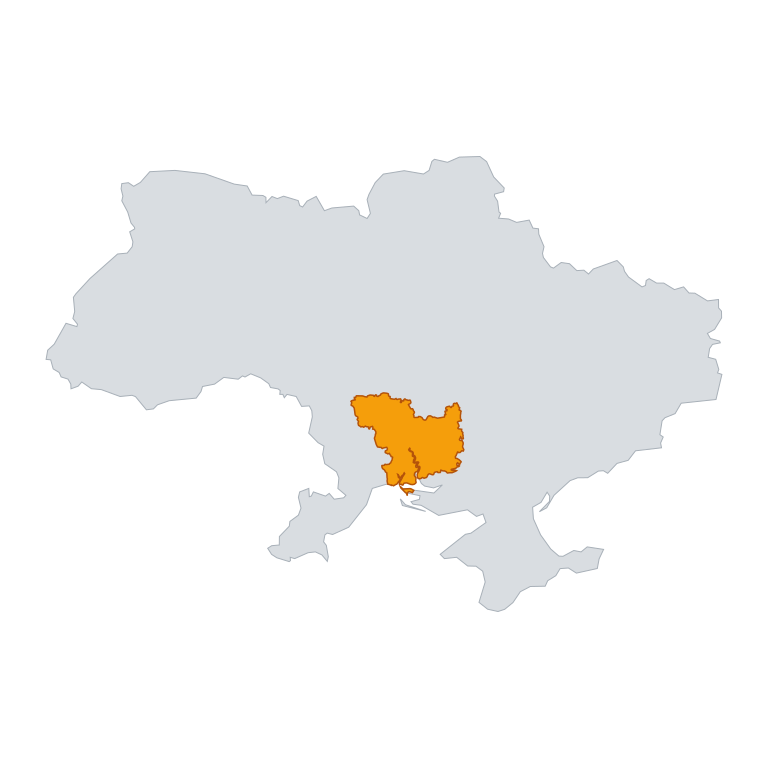 where Mykolayiv sits in Ukraine
{"feature_id": "UKR-284", "entity_name": "Mykolayiv", "entity_type": "Region", "adm_level": 1, "iso_a3": "UKR", "parent_name": "Ukraine", "parent_adm1": "", "projection": "orthographic", "projection_center": [31.887, 47.325], "detail": "fine", "context": "in_parent", "style": "filled", "palette": "amber", "viewbox_px": 768, "rotation_deg": 0, "n_neighbors": 0, "source": "natural_earth", "source_scale": "10m", "svg_char_len": 9751}
<svg xmlns="http://www.w3.org/2000/svg" viewBox="0 0 768 768"><path d="M540.6,534.9L550.7,549.0L558.9,556.1L563.0,556.3L573.8,550.5L581.1,551.9L587.2,546.9L603.6,549.4L599.1,558.9L597.3,568.5L576.4,573.1L568.4,568.0L560.1,568.6L555.8,575.7L547.7,580.7L545.2,586.2L530.2,586.5L520.3,591.7L513.0,602.5L504.7,609.3L498.0,611.5L487.6,609.2L479.0,602.4L485.2,582.0L482.7,571.2L476.0,566.2L467.7,566.0L456.7,557.3L444.4,558.6L440.2,554.3L465.4,534.3L470.9,533.2L486.0,522.5L483.0,514.0L476.5,516.4L467.4,509.8L438.7,515.4L421.1,505.3L413.0,504.2L411.0,501.7L419.4,499.4L420.0,495.7L408.4,493.3L402.1,488.5L433.9,493.0L442.4,484.9L433.6,487.9L424.7,486.1L421.4,483.5L417.5,475.4L417.3,464.1L413.3,454.0L410.2,450.8L416.2,467.3L414.7,483.1L401.3,482.2L402.5,475.8L396.2,484.2L385.7,484.4L372.3,488.4L366.5,504.7L348.7,527.2L332.6,534.5L327.2,533.1L324.9,534.9L323.6,541.9L326.3,545.3L328.3,556.7L327.3,561.4L321.9,554.9L315.4,551.9L308.1,552.7L294.7,558.6L290.2,557.3L290.5,560.6L289.2,561.6L276.9,557.8L271.6,554.4L267.7,548.3L271.7,545.7L279.3,545.0L279.4,536.5L289.3,526.2L289.9,521.4L298.4,515.2L301.0,508.1L298.4,497.3L299.7,491.9L308.8,488.4L309.3,496.7L311.3,496.1L313.4,491.9L325.5,496.1L329.2,493.4L334.2,499.2L343.7,497.8L345.9,495.3L337.9,488.5L338.9,477.9L336.5,471.8L324.8,463.7L322.7,454.3L324.0,446.1L318.1,442.7L308.7,433.1L312.3,416.9L311.8,410.7L309.3,405.9L301.6,406.4L296.2,396.5L287.0,394.4L284.3,397.7L282.9,394.4L279.8,394.4L280.2,390.5L278.1,388.9L270.5,387.5L268.8,383.7L260.7,377.9L250.7,373.8L245.0,377.0L242.5,375.9L238.2,379.2L223.8,377.4L214.6,384.1L202.5,386.5L201.0,391.5L196.2,398.1L169.2,400.7L157.5,404.8L153.4,408.9L146.4,409.8L135.5,396.6L132.0,395.3L120.1,396.5L101.3,389.6L91.4,388.7L81.8,382.0L78.1,386.2L71.0,388.8L70.8,384.1L68.0,379.1L61.1,376.9L59.2,372.5L53.2,368.9L50.7,359.8L46.1,359.4L47.7,350.2L54.2,344.2L66.0,323.3L76.9,326.6L77.5,324.2L72.9,318.5L74.7,311.5L73.4,297.3L75.9,293.8L90.0,278.5L117.6,254.0L127.2,253.1L132.2,246.7L132.9,241.8L129.7,231.8L134.7,228.9L134.5,227.3L131.0,223.0L127.7,212.0L121.8,200.8L122.9,196.1L121.1,188.8L121.8,183.6L128.4,182.7L133.7,186.3L140.4,182.4L149.8,171.7L174.9,170.4L205.0,173.8L234.2,184.1L247.2,186.0L252.1,195.1L262.9,195.5L265.9,197.3L266.0,202.7L272.0,196.5L277.3,198.6L283.6,196.2L298.2,200.6L299.7,205.6L302.6,207.0L307.1,201.1L316.2,196.4L324.4,210.7L331.9,208.0L353.7,206.1L358.8,210.7L359.6,214.9L367.1,218.5L370.4,213.4L367.1,199.6L369.0,194.3L375.2,182.6L383.3,174.1L404.2,170.7L423.5,174.0L429.1,170.4L431.9,161.4L434.4,159.3L447.5,162.3L459.4,157.1L479.9,156.5L486.6,161.6L493.7,177.0L504.2,188.0L503.6,191.7L494.6,194.1L494.4,196.1L497.6,201.2L499.0,212.0L500.6,213.3L498.6,218.2L508.6,219.0L516.6,222.4L529.2,220.1L532.9,228.1L538.5,228.8L538.8,234.2L544.0,246.7L542.5,253.4L543.4,257.5L550.5,266.9L553.5,268.1L561.2,262.5L569.5,263.7L576.8,270.6L583.9,270.2L588.5,274.0L593.3,269.0L617.0,260.5L623.3,266.9L624.5,271.3L628.5,277.0L642.0,286.9L645.5,285.5L646.2,280.5L649.1,278.7L656.6,283.1L663.8,283.1L674.4,289.6L683.6,286.9L689.0,293.0L694.9,293.2L707.5,300.9L718.5,299.5L718.6,307.9L721.5,311.2L721.6,317.9L714.6,329.4L707.4,333.4L710.4,338.5L719.6,341.1L720.3,342.8L712.5,344.4L709.6,348.6L708.2,357.3L715.7,359.3L718.8,369.5L717.5,372.9L721.9,374.4L716.0,399.5L681.2,403.2L675.1,413.6L665.0,417.7L662.1,420.8L659.9,434.7L663.2,437.0L660.6,443.0L661.5,447.8L635.5,450.8L628.2,460.3L617.0,463.4L607.7,473.3L603.4,470.7L598.3,471.1L587.7,477.7L577.7,477.8L570.1,480.6L554.0,495.3L546.7,507.8L539.4,511.7L549.5,501.4L549.7,496.1L547.1,492.2L541.0,502.4L532.6,507.2L533.4,518.8L540.6,534.9ZM425.7,511.4L402.4,505.5L400.3,498.9L405.4,504.7L425.7,511.4Z" fill="#d9dde1" stroke="#a8b0b8" stroke-width="1"/><path d="M418.3,478.9L417.3,476.8L417.2,474.5L417.9,472.7L418.9,471.0L419.7,469.0L419.9,467.9L419.9,467.0L419.5,466.4L417.5,466.1L417.1,465.6L417.3,464.9L418.7,462.5L418.5,462.1L417.4,461.9L415.7,462.2L415.0,462.2L414.4,461.5L415.5,459.1L415.6,457.7L415.0,456.2L414.5,455.7L413.6,455.3L413.3,454.5L413.2,452.8L413.0,452.3L412.5,451.7L410.2,450.6L409.8,449.9L410.0,448.8L410.0,448.4L409.6,448.2L408.7,449.7L409.0,450.4L409.6,451.0L410.3,451.5L412.1,452.0L412.5,452.7L412.4,456.0L412.6,456.3L413.6,456.6L414.7,457.7L414.4,458.6L413.6,459.9L413.3,462.5L414.5,463.1L416.3,462.8L417.6,463.1L416.4,464.4L415.9,465.3L415.7,466.2L416.0,467.2L416.7,467.4L418.4,466.6L418.6,467.9L418.2,469.6L417.5,471.1L416.6,471.7L415.7,472.0L414.8,472.9L414.4,474.1L414.4,475.6L415.8,477.6L416.0,478.0L415.7,480.6L416.1,482.3L415.7,483.1L415.4,483.4L414.1,484.3L412.4,484.6L410.7,484.4L406.9,482.9L404.5,483.1L403.8,483.4L403.1,484.9L402.2,485.1L401.4,484.3L399.7,484.3L399.4,484.0L399.3,483.2L399.7,482.3L401.8,478.6L402.4,477.4L402.4,476.8L402.9,476.4L404.7,473.7L404.2,472.9L403.9,473.3L403.3,474.8L402.0,475.6L400.9,477.3L400.4,477.6L399.3,476.8L398.3,474.7L397.7,474.4L398.2,475.8L398.3,477.0L398.5,477.4L400.1,478.6L400.3,479.0L399.2,481.1L398.5,481.6L397.2,483.7L396.7,484.2L395.9,484.4L393.6,485.8L393.1,485.5L392.0,485.3L391.5,485.0L391.2,485.4L390.4,484.9L387.7,484.1L387.1,481.0L387.2,479.9L387.4,478.9L387.1,478.0L386.8,472.9L385.4,471.8L384.9,470.6L384.4,469.9L382.7,468.7L382.1,467.6L381.8,465.8L382.0,465.5L384.2,465.3L385.0,464.3L385.4,464.3L386.0,464.6L389.3,464.2L389.6,463.5L390.7,462.9L391.3,461.3L392.1,460.0L392.2,458.7L392.6,457.8L392.5,457.1L391.1,456.6L390.7,455.4L390.0,454.7L389.4,453.4L387.8,453.9L386.7,453.2L385.5,452.8L385.2,452.4L385.2,452.0L385.3,451.0L385.6,450.8L386.6,450.3L387.2,449.8L387.4,449.1L387.3,448.3L386.7,447.3L383.5,447.9L382.3,448.5L381.9,448.3L381.4,447.6L381.2,447.4L379.6,447.3L377.5,446.9L376.3,444.6L374.6,439.1L374.4,438.1L375.2,436.0L375.4,434.1L375.8,433.8L375.9,433.4L375.8,431.6L374.4,429.5L374.2,429.3L372.7,429.1L372.9,428.0L372.8,427.0L372.5,426.4L370.2,427.0L369.6,428.8L369.2,429.0L368.8,428.7L368.6,428.2L368.4,427.2L368.1,426.8L366.5,426.7L365.3,426.1L364.1,427.0L363.6,427.2L362.7,426.6L360.8,426.9L359.9,426.1L358.6,425.4L358.4,424.9L358.0,423.1L358.4,421.9L358.5,421.3L357.2,419.7L357.2,419.2L358.0,418.2L357.8,417.1L357.4,416.7L356.0,416.0L355.3,415.1L355.1,414.5L354.2,408.0L352.7,406.0L351.6,405.6L351.2,405.3L351.2,404.2L351.6,403.5L351.6,402.0L351.0,401.5L351.1,401.2L351.5,400.8L352.8,400.3L353.6,400.3L354.0,399.9L355.0,400.0L355.1,399.8L355.2,399.3L354.4,398.6L354.3,397.4L355.7,397.3L356.2,396.0L356.4,395.8L362.3,395.9L363.3,396.1L364.9,396.7L366.8,397.0L367.0,397.0L367.5,396.0L367.8,395.8L370.1,395.0L373.3,395.3L373.6,395.4L373.9,396.2L374.3,396.4L374.7,396.2L375.3,395.1L375.9,394.8L376.6,395.2L376.8,396.1L376.9,396.3L377.7,396.5L378.2,396.4L379.0,395.7L380.4,395.1L380.8,394.1L381.1,393.8L383.0,393.0L383.8,392.9L386.5,393.2L387.8,393.5L388.4,393.9L388.6,395.8L389.0,396.2L390.1,396.5L390.1,398.1L390.4,398.5L390.9,398.7L394.5,399.3L396.0,398.5L396.6,399.3L397.2,399.5L398.3,399.1L400.6,398.9L400.8,399.2L400.9,399.8L400.8,401.0L400.4,402.1L400.4,402.3L400.9,402.6L401.4,402.4L401.5,401.2L401.7,400.7L402.0,400.5L402.7,401.0L403.7,400.8L403.8,400.5L403.9,399.5L404.9,398.9L405.3,399.1L406.0,399.8L407.1,399.9L408.0,400.4L409.8,400.1L410.3,400.3L410.8,401.9L410.9,402.3L410.7,403.1L410.0,403.7L408.5,404.4L408.4,404.6L410.2,407.8L410.7,408.5L411.1,408.9L412.3,408.7L412.7,408.9L413.1,409.5L413.3,410.5L414.3,411.8L414.4,412.6L413.6,414.0L413.4,414.6L413.9,415.6L413.9,416.8L414.1,417.3L414.5,417.5L417.9,417.4L418.2,417.3L418.4,416.7L418.6,416.5L420.4,416.6L422.2,417.8L422.9,419.1L423.4,419.6L424.9,420.2L425.7,420.0L426.1,419.6L427.8,416.6L428.6,416.0L430.0,415.8L430.6,415.9L432.1,416.7L432.8,417.4L434.2,417.1L437.5,418.2L444.4,417.0L444.5,416.7L444.6,414.9L445.6,414.7L445.8,414.4L445.3,413.7L445.4,412.7L445.0,411.9L445.0,411.3L445.3,411.0L446.9,410.8L447.0,410.4L447.0,409.6L446.0,409.3L445.8,409.0L445.7,408.2L446.1,407.4L447.0,406.8L449.4,406.2L449.7,406.3L450.5,407.3L450.9,407.5L451.4,407.4L451.9,406.3L453.4,405.9L453.5,405.5L453.3,404.3L453.6,403.7L454.3,403.3L455.9,403.5L456.7,402.9L457.0,403.0L457.4,404.1L458.4,405.5L458.5,406.7L459.7,407.7L459.1,409.7L459.2,410.0L459.5,410.3L460.1,410.3L460.6,410.5L461.1,411.4L460.7,412.4L460.7,413.7L460.4,415.1L460.4,418.3L460.5,418.9L461.2,419.7L461.5,420.4L461.3,420.9L459.6,421.1L458.2,421.5L457.5,422.1L457.5,422.4L458.7,424.8L459.0,425.9L458.9,426.5L458.0,427.7L457.9,428.4L458.4,428.8L461.7,429.3L461.6,430.5L461.7,431.3L462.7,432.3L462.9,432.7L462.6,433.8L463.1,435.3L463.0,437.1L463.4,438.2L463.3,438.6L463.2,438.8L462.1,439.0L461.7,438.9L460.8,437.0L460.6,436.8L460.2,438.0L459.4,439.3L459.6,440.0L460.0,440.4L462.1,440.6L463.1,442.6L463.2,443.9L462.6,446.1L462.6,447.1L463.8,449.6L463.4,450.9L463.2,451.1L461.8,450.7L460.4,452.2L460.0,452.5L458.5,452.6L457.9,452.0L457.6,452.0L456.1,455.5L455.4,456.6L455.3,457.0L455.6,458.3L456.9,458.4L459.2,459.8L461.1,461.6L461.0,462.2L459.8,463.7L459.7,464.4L458.6,463.8L457.7,462.7L457.4,462.9L456.8,463.6L456.8,464.9L457.1,465.4L459.0,465.6L459.3,466.1L458.7,466.6L457.2,467.0L456.7,467.3L455.8,468.3L451.4,469.3L451.2,469.6L451.3,470.0L452.0,470.4L452.9,470.4L455.0,470.2L456.5,470.7L455.5,471.3L452.1,472.7L449.9,472.7L447.4,473.0L447.0,472.7L446.3,471.7L445.2,471.3L444.7,470.9L442.9,470.9L440.9,470.1L440.7,470.5L440.6,471.8L440.1,472.5L438.1,472.6L437.8,472.5L437.4,471.8L437.1,471.7L434.9,472.2L434.2,472.9L433.6,474.5L433.1,474.7L432.1,474.7L429.8,473.8L428.9,473.9L428.1,474.5L427.0,476.8L426.4,477.5L424.1,478.2L422.5,477.5L421.9,477.7L420.9,478.5L420.3,478.7L418.3,478.7L418.3,478.9ZM412.4,492.6L409.8,491.7L408.9,491.6L408.3,491.9L407.5,492.9L407.3,493.3L407.3,495.7L406.4,493.2L406.1,492.9L405.5,492.7L400.9,488.0L400.3,486.6L401.6,487.6L402.6,488.8L403.2,489.0L410.1,488.6L411.4,489.0L413.8,490.4L412.4,492.6Z" fill="#f59e0b" stroke="#b45309" stroke-width="1.5"/></svg>